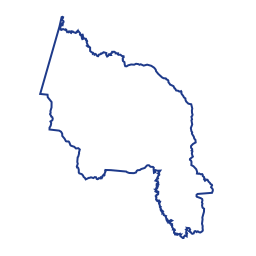 outline of Miranda, Mato Grosso do Sul, Brazil, rotated 6°
{"feature_id": "56859067B93702669901157", "entity_name": "Miranda", "entity_type": "district", "adm_level": 2, "iso_a3": "BRA", "parent_name": "Brazil", "parent_adm1": "Mato Grosso do Sul", "projection": "mercator", "projection_center": [-56.507, -20.138], "detail": "fine", "context": "isolated", "style": "outline", "palette": "blue", "viewbox_px": 256, "rotation_deg": 6, "n_neighbors": 0, "source": "geoboundaries", "source_scale": "gbopen_adm2", "svg_char_len": 5859}
<svg xmlns="http://www.w3.org/2000/svg" viewBox="0 0 256 256"><g transform="rotate(6 128 128)"><path d="M218.3,183.7L218.9,181.6L218.8,180.5L218.4,179.7L216.8,178.2L217.6,176.2L217.3,175.6L215.8,175.0L215.4,174.2L213.7,172.9L212.5,171.2L211.6,171.1L210.1,172.4L209.0,171.0L209.5,170.2L208.9,169.6L208.7,168.8L207.4,168.0L207.1,166.6L206.6,166.1L205.0,166.4L203.5,165.8L202.8,166.2L201.3,166.1L201.4,164.6L200.2,161.9L197.1,159.2L194.9,158.3L194.7,155.1L194.2,154.0L192.9,153.1L192.9,152.3L195.5,149.7L194.7,148.2L194.1,146.4L194.5,144.6L194.3,144.0L193.7,143.8L194.1,143.1L194.0,142.2L192.9,141.2L192.6,140.2L192.7,139.1L194.4,137.0L196.8,135.3L196.3,132.8L195.0,131.6L194.3,129.7L192.4,127.3L192.1,126.5L192.3,125.6L191.4,124.6L190.5,121.5L191.5,117.8L190.3,113.7L190.8,112.8L189.9,110.2L190.6,109.1L190.8,108.0L190.1,106.3L189.7,103.9L189.9,102.0L188.4,97.8L185.5,97.5L183.1,95.6L182.2,94.0L182.0,92.6L180.4,91.7L179.6,90.4L177.9,88.6L177.5,88.0L177.4,86.5L176.9,85.8L176.2,86.3L175.1,86.4L174.3,85.8L171.9,85.6L170.8,83.9L170.2,83.8L168.8,81.6L165.1,80.3L164.8,79.6L163.5,78.4L163.2,76.8L162.5,76.0L161.0,75.6L160.7,74.9L160.0,74.7L158.3,74.8L156.7,74.2L152.5,71.1L150.0,68.6L149.4,67.0L147.7,65.3L144.6,63.7L140.4,63.0L137.1,64.3L134.0,63.3L132.8,63.9L131.6,63.4L129.3,63.3L127.5,64.4L124.5,64.5L121.7,65.6L120.2,66.8L118.8,66.8L118.1,65.3L117.6,62.9L116.0,61.9L115.7,61.1L115.8,60.5L115.5,60.0L115.5,59.1L116.3,58.1L116.1,57.1L114.4,57.0L112.8,55.9L110.9,56.2L110.3,55.9L110.3,54.8L107.9,55.1L107.8,54.3L106.3,53.6L104.4,53.9L104.6,54.6L103.4,55.5L103.1,56.5L103.5,57.2L102.7,57.3L102.4,56.5L101.4,56.6L100.5,58.6L99.8,59.1L98.6,57.4L98.6,55.7L95.9,55.2L95.2,55.7L94.9,56.3L93.4,56.7L93.3,57.3L91.4,58.1L90.8,59.7L90.0,59.7L88.1,57.8L87.0,58.6L86.5,57.7L85.7,57.4L85.3,57.7L85.2,56.8L83.9,56.5L82.3,55.4L81.9,51.9L80.3,50.9L79.7,50.1L79.0,50.2L79.0,49.4L77.8,46.7L78.3,46.0L77.9,45.2L77.0,44.9L76.8,43.7L74.9,43.6L74.0,42.3L73.6,42.8L73.9,44.1L73.3,44.4L72.8,43.6L72.2,41.2L73.0,41.0L73.4,40.4L73.1,39.9L71.2,40.7L70.5,40.2L70.7,39.5L70.4,38.7L68.6,36.9L67.5,37.8L67.5,37.0L66.0,38.9L63.5,38.3L63.1,37.8L61.6,37.7L61.5,38.3L61.8,38.8L61.5,39.4L60.9,39.1L60.7,38.2L59.8,38.3L59.0,38.8L58.9,38.2L57.4,38.9L57.0,38.0L56.3,37.5L56.3,36.7L55.6,36.4L54.9,36.9L53.0,36.4L51.6,37.4L50.8,37.2L50.6,35.9L49.9,34.9L49.8,33.6L50.3,33.0L50.9,33.1L50.8,31.9L52.2,32.4L52.3,31.5L51.7,30.8L52.7,29.8L52.8,28.9L52.5,28.3L51.1,27.4L50.9,26.6L51.8,25.4L51.9,24.6L51.1,24.3L50.4,24.7L49.3,33.9L37.1,103.3L44.5,103.3L45.0,105.8L49.3,110.2L49.8,115.5L49.1,119.3L49.5,121.1L49.1,121.8L49.1,122.6L50.3,123.9L50.4,124.6L51.6,125.2L52.2,126.7L51.9,128.3L50.2,129.6L51.0,130.8L51.1,131.4L50.9,133.7L49.9,135.9L50.1,137.7L59.8,137.8L61.8,138.7L63.1,140.4L63.5,142.8L66.0,145.2L67.6,147.6L68.6,147.8L70.3,147.6L71.0,148.2L72.6,151.2L73.3,151.6L76.5,152.3L78.4,153.8L80.7,153.3L82.3,154.4L81.8,157.5L82.0,158.4L81.5,161.7L81.0,162.4L81.1,167.1L81.8,168.8L81.1,171.7L81.5,172.6L82.3,172.5L82.7,173.0L83.4,174.7L83.7,177.4L84.3,178.2L86.8,178.7L88.2,179.9L88.9,181.2L90.4,182.2L91.3,183.5L94.4,181.6L95.1,181.6L96.3,180.9L98.8,181.4L100.1,180.3L101.4,180.4L102.2,181.9L102.9,182.1L103.5,181.9L104.3,180.9L105.7,181.0L106.0,179.8L106.6,179.7L107.2,180.4L107.6,179.5L107.6,178.5L108.5,177.2L109.2,177.7L109.6,177.2L109.4,176.1L110.2,173.5L109.7,173.0L109.9,172.1L115.4,171.7L130.8,171.5L131.8,172.1L134.0,172.6L138.5,172.3L140.6,171.4L141.2,169.7L142.0,169.0L144.1,168.6L145.5,167.4L148.8,166.0L150.7,163.4L151.5,163.0L152.8,162.9L154.4,164.2L156.9,164.1L157.8,164.8L157.7,166.0L158.5,169.8L159.7,169.1L159.0,167.6L159.5,167.0L161.9,167.4L164.5,167.0L163.8,168.3L163.2,168.7L163.4,169.5L162.8,169.9L163.7,170.2L163.9,170.7L163.4,171.0L163.8,171.6L163.0,172.6L162.4,174.3L162.9,174.5L163.2,175.1L161.8,176.0L161.0,177.3L161.7,177.3L161.9,177.9L163.1,177.8L163.9,179.5L163.5,180.0L163.8,180.7L163.2,180.7L163.0,180.1L162.4,180.6L162.4,181.4L163.1,181.3L163.4,181.9L163.8,182.8L163.0,184.3L162.3,184.9L162.3,185.5L162.9,185.4L162.5,186.1L161.7,186.3L162.3,186.7L161.9,188.2L163.3,188.8L163.3,187.7L164.8,188.3L164.9,190.6L164.4,191.2L163.4,191.5L163.3,192.4L162.7,192.8L162.9,193.5L163.5,194.0L163.4,196.0L164.0,196.3L164.0,197.0L164.7,197.5L165.3,197.2L165.4,197.7L165.9,197.8L166.7,197.2L167.0,198.0L167.6,198.0L167.4,198.8L166.7,198.9L166.7,199.8L167.7,201.5L167.8,202.4L168.7,203.0L168.2,203.6L169.4,205.3L169.0,205.8L169.3,206.5L170.8,206.7L171.4,207.2L170.5,207.9L171.0,208.4L171.1,209.3L171.6,208.9L172.2,209.3L172.7,210.9L175.0,211.6L174.7,212.3L175.5,213.6L175.5,214.3L176.2,214.4L176.7,214.8L176.3,215.8L176.9,216.1L176.9,216.9L177.7,217.3L177.9,217.9L178.5,217.7L178.2,216.9L178.5,216.1L179.2,216.1L180.4,215.0L181.5,215.5L180.2,216.4L179.7,218.4L180.1,218.8L181.9,219.0L181.9,219.7L181.5,220.2L182.2,220.6L182.1,221.7L183.4,223.4L183.3,224.1L184.2,223.8L184.9,224.0L185.3,224.7L184.6,225.3L184.7,227.4L185.8,227.7L185.9,228.9L187.6,229.0L187.2,228.3L187.6,227.9L189.6,228.4L190.7,227.8L191.0,228.7L191.7,228.5L191.3,229.2L191.4,230.0L194.0,231.7L194.7,231.6L194.8,230.5L195.4,229.9L195.7,229.1L196.2,228.9L197.7,229.6L197.6,227.7L196.9,226.6L197.6,226.4L196.8,225.0L196.8,224.1L197.4,223.5L197.2,222.8L196.6,222.7L197.1,222.1L196.9,221.4L197.4,221.6L197.9,221.1L199.5,221.2L200.4,222.6L199.7,223.3L199.6,224.1L200.3,224.1L200.6,224.9L201.4,225.1L202.2,226.1L203.0,226.5L204.3,226.0L205.0,223.8L205.7,223.5L207.2,224.3L207.7,223.6L208.3,223.5L209.8,224.3L211.0,224.3L212.8,222.8L213.1,221.8L212.6,219.6L212.5,217.7L211.6,215.5L211.7,211.0L211.3,209.3L212.3,203.4L212.1,200.3L210.6,199.5L210.3,199.0L209.7,197.0L210.0,195.5L209.3,194.3L209.6,192.2L209.2,190.9L207.8,190.2L203.7,189.2L203.3,188.8L203.2,187.2L204.2,186.3L218.3,183.7ZM79.0,50.2L79.1,50.9L78.6,50.6L79.0,50.2ZM163.4,181.9L162.7,181.9L162.7,182.6L163.4,181.9Z" fill="none" stroke="#1e3a8a" stroke-width="2"/></g></svg>